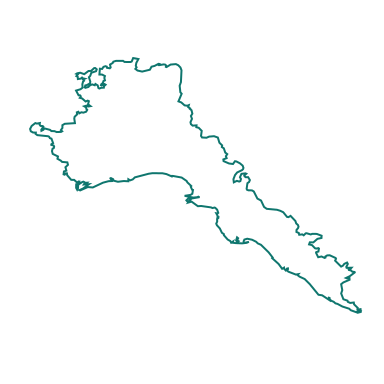 the State of Andhra Pradesh, rotated 83°
{"feature_id": "IND-2441", "entity_name": "Andhra Pradesh", "entity_type": "State", "adm_level": 1, "iso_a3": "IND", "parent_name": "India", "parent_adm1": "", "projection": "equal_earth", "projection_center": [79.939, 15.897], "detail": "fine", "context": "isolated", "style": "outline", "palette": "teal", "viewbox_px": 384, "rotation_deg": 83, "n_neighbors": 0, "source": "natural_earth", "source_scale": "10m", "svg_char_len": 5941}
<svg xmlns="http://www.w3.org/2000/svg" viewBox="0 0 384 384"><g transform="rotate(83 192 192)"><path d="M176.4,303.5L175.3,299.8L171.7,293.3L171.4,298.5L170.9,298.1L170.8,295.9L170.0,294.9L169.9,296.6L168.5,298.5L168.7,299.6L170.9,304.1L174.4,304.7L175.8,305.7L173.8,306.5L170.3,306.0L170.5,303.5L167.9,302.5L167.7,303.2L168.6,304.9L165.6,307.5L165.2,310.4L160.2,313.8L158.2,313.9L158.1,315.0L159.3,316.3L158.8,317.3L156.0,316.6L155.5,314.1L152.0,314.6L149.9,311.8L147.4,312.1L146.3,317.3L144.9,318.4L142.6,321.5L140.4,320.7L137.2,325.6L134.3,326.0L132.0,325.1L131.5,323.8L130.2,323.3L129.1,323.6L128.1,325.9L127.5,325.8L126.6,323.9L121.9,325.0L121.2,326.5L119.7,327.1L119.1,328.1L116.7,338.6L115.2,340.2L114.0,339.8L113.6,342.5L112.1,344.6L109.7,345.0L106.9,343.1L104.5,339.1L105.2,337.6L105.0,334.6L106.5,335.1L107.9,334.3L108.4,332.1L109.0,331.6L111.9,334.0L112.9,334.0L112.2,332.0L110.9,330.7L113.0,325.4L114.4,324.1L114.8,321.2L116.0,319.0L116.4,314.7L115.9,313.5L114.6,314.6L112.6,312.8L109.9,312.5L108.8,310.0L109.4,299.8L104.7,299.9L103.0,299.3L101.0,296.6L98.9,296.6L98.5,295.0L100.2,294.3L99.4,292.1L100.0,290.1L99.4,287.3L97.7,286.0L96.6,286.8L95.2,286.7L93.8,288.5L93.4,286.2L94.5,284.4L94.4,282.3L92.3,284.5L89.3,283.3L88.6,284.4L89.2,286.6L85.8,289.6L84.9,291.8L83.9,290.8L83.0,290.9L82.3,291.5L82.2,292.8L77.2,294.7L76.4,290.1L75.1,287.9L71.7,287.7L69.2,286.7L68.4,285.6L67.0,286.4L66.5,284.7L65.8,286.6L65.0,287.2L65.9,288.5L66.0,291.5L63.7,291.4L62.9,292.6L61.3,290.9L60.6,292.3L60.2,291.5L60.0,288.4L61.9,284.6L59.3,280.0L59.5,277.4L57.1,274.0L57.2,272.9L58.6,271.6L60.4,272.5L61.4,277.4L64.4,278.9L65.5,280.3L70.1,279.5L71.7,280.0L73.1,283.4L73.2,284.9L75.1,285.7L75.6,285.1L75.1,282.0L74.0,280.8L73.0,278.1L74.2,275.5L73.0,274.7L74.7,272.6L77.4,272.2L78.0,271.4L77.5,269.2L77.7,266.8L76.2,266.4L75.0,264.7L74.1,265.8L75.2,268.6L74.9,269.3L74.0,268.9L73.0,267.3L71.0,266.3L70.6,264.8L68.1,265.1L66.3,264.3L64.5,266.9L64.1,269.6L58.4,268.4L58.9,266.2L57.0,264.6L56.6,262.5L57.2,261.3L58.4,261.2L59.2,258.5L58.5,257.6L55.5,257.8L54.3,255.0L53.1,254.2L52.6,251.6L53.4,244.5L54.7,243.1L55.5,237.1L55.1,235.9L51.9,234.1L53.5,229.0L57.0,231.5L59.9,232.4L61.5,231.8L62.9,233.2L64.8,231.3L66.4,226.8L65.5,218.9L62.7,216.9L62.3,213.8L60.7,209.6L60.9,208.9L61.9,209.7L62.1,209.4L61.9,204.6L62.3,203.1L63.2,202.3L64.6,202.7L64.9,202.1L62.9,197.7L63.1,192.4L64.5,190.2L67.0,188.3L69.9,187.6L81.6,189.6L85.0,191.3L91.6,191.4L93.2,190.3L100.4,194.4L101.8,191.7L105.1,188.8L105.8,186.2L105.4,184.6L107.3,185.4L108.8,183.7L109.2,184.0L110.8,182.5L114.3,182.1L116.4,183.8L119.4,183.1L122.5,185.0L124.5,184.8L126.2,183.3L126.4,179.4L128.2,179.8L129.1,177.5L132.5,174.9L137.4,176.2L139.1,175.4L139.9,171.0L139.1,168.2L139.3,163.3L141.1,159.7L146.4,158.8L149.4,156.4L151.0,156.9L152.5,155.1L156.9,154.2L158.7,152.4L160.6,154.0L162.6,153.5L163.5,156.9L165.2,156.9L168.2,151.8L169.2,147.9L166.7,145.6L167.1,144.2L169.4,140.9L172.0,138.5L174.3,138.0L175.5,138.5L176.4,139.7L178.1,144.8L180.4,147.2L184.3,149.3L187.5,149.3L186.4,146.1L187.4,143.9L187.1,142.7L185.0,141.8L183.2,142.6L180.0,140.7L180.0,136.7L180.5,135.9L182.0,138.1L182.9,137.9L183.9,136.8L184.1,134.5L187.2,133.1L189.0,134.1L190.0,135.9L195.5,137.4L196.5,137.1L197.2,135.8L197.7,132.3L199.0,130.6L206.5,127.9L208.9,124.5L215.6,122.3L217.8,119.9L220.0,109.8L221.4,106.7L223.2,103.9L228.3,100.7L228.7,99.3L227.7,97.1L233.4,92.9L235.9,92.4L237.6,90.9L239.3,90.5L240.7,91.1L242.4,92.9L244.4,93.2L245.7,91.0L247.5,90.8L247.5,87.7L248.6,86.4L246.9,84.2L246.9,83.3L248.6,79.3L248.2,77.8L248.8,73.3L251.2,68.7L253.4,69.1L253.8,73.2L256.8,77.7L256.3,81.2L258.3,82.2L259.3,79.4L262.8,76.8L263.3,75.6L263.1,73.4L263.6,72.9L266.5,73.8L266.8,76.0L267.4,76.3L272.1,74.7L271.8,71.3L273.6,68.4L273.3,67.5L272.3,67.5L271.4,65.5L271.6,63.0L275.0,57.5L275.8,57.2L277.6,58.3L284.2,53.1L283.5,51.2L281.9,49.6L280.9,46.7L282.4,46.1L285.2,48.0L286.1,47.8L286.6,42.9L287.5,43.9L288.0,45.9L288.5,45.8L289.2,43.9L290.6,42.6L291.2,40.4L291.7,40.3L294.8,45.7L296.1,49.6L296.6,48.7L296.5,46.2L298.3,46.3L300.2,52.8L301.7,55.2L307.7,54.8L310.9,56.3L316.9,54.8L318.8,50.9L320.0,50.7L321.4,48.5L321.4,44.9L323.3,44.8L327.3,41.6L328.3,42.1L328.9,41.1L328.8,39.0L331.5,39.0L332.0,40.9L330.7,39.4L330.0,41.6L330.8,42.9L331.5,41.6L332.1,42.1L328.7,48.8L327.0,50.2L324.0,56.7L320.8,61.2L320.0,63.2L318.2,64.8L316.9,67.1L315.1,68.4L313.9,68.4L313.6,69.1L314.8,69.6L317.5,67.1L310.4,75.4L309.4,79.0L297.7,86.4L292.1,90.8L289.1,95.6L287.3,97.4L286.5,96.5L286.6,99.0L282.8,106.1L281.3,107.3L280.2,106.1L279.5,106.1L279.6,107.1L281.3,108.5L279.5,109.9L278.3,109.9L279.2,111.9L274.0,114.8L267.4,120.5L266.9,119.9L261.2,123.3L252.8,130.0L251.0,133.0L249.2,134.4L246.7,138.2L245.1,142.9L245.6,145.8L247.3,146.8L248.6,146.8L248.9,146.2L248.4,141.6L249.1,143.9L249.1,148.4L248.1,154.6L247.3,157.9L246.1,157.3L247.1,159.3L245.4,159.9L243.5,162.4L238.8,165.6L237.7,165.5L236.1,167.3L231.6,168.8L228.1,171.3L226.4,171.8L224.4,170.6L221.9,170.4L221.0,169.0L220.4,168.9L220.7,169.9L218.8,169.5L216.1,170.5L216.5,169.3L215.9,168.5L212.6,169.2L210.6,170.8L210.2,171.4L210.4,173.7L209.6,175.0L207.0,184.6L206.8,187.9L201.5,193.6L202.0,196.9L198.4,193.4L198.0,185.0L197.7,186.3L197.2,185.6L197.8,187.5L197.7,191.4L194.9,199.8L194.7,193.8L193.8,191.9L190.1,190.8L189.8,191.6L186.6,192.6L186.0,192.0L181.9,195.4L180.4,196.0L176.4,200.5L173.7,209.1L173.6,209.8L174.1,210.1L171.1,215.2L169.8,219.1L168.5,229.1L168.6,232.8L170.5,246.9L172.3,249.3L172.9,252.0L171.6,253.6L173.6,253.9L172.8,258.4L172.8,264.3L171.2,268.4L169.7,268.7L168.3,270.8L168.5,271.3L169.3,271.0L170.9,269.1L171.4,269.7L171.1,273.5L171.9,279.2L175.4,289.9L174.4,294.8L176.8,302.8L176.4,303.5ZM244.4,152.7L243.8,152.1L244.1,151.3L242.5,152.8L245.4,154.1L246.3,153.7L245.6,153.5L246.6,153.2L246.8,152.1L246.5,151.7L245.8,152.6L244.4,152.7ZM200.5,196.1L201.1,197.6L199.6,198.6L197.0,195.3L197.7,193.6L200.5,196.1Z" fill="none" stroke="#0f766e" stroke-width="2"/></g></svg>